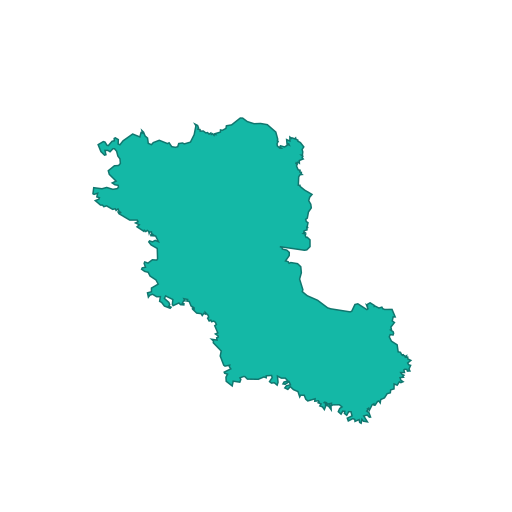 So Phisai, Bueng Kan, Thailand, rotated 127°
{"feature_id": "78962969B4789393991708", "entity_name": "So Phisai", "entity_type": "district", "adm_level": 2, "iso_a3": "THA", "parent_name": "Thailand", "parent_adm1": "Bueng Kan", "projection": "equal_earth", "projection_center": [103.426, 18.145], "detail": "fine", "context": "isolated", "style": "filled", "palette": "teal", "viewbox_px": 512, "rotation_deg": 127, "n_neighbors": 0, "source": "geoboundaries", "source_scale": "gbopen_adm2", "svg_char_len": 6075}
<svg xmlns="http://www.w3.org/2000/svg" viewBox="0 0 512 512"><g transform="rotate(127 256 256)"><path d="M337.3,317.2L344.5,320.2L347.5,318.0L350.7,320.5L353.6,317.2L351.2,317.2L348.8,315.6L348.3,310.8L346.0,307.9L350.2,305.7L349.9,303.4L351.1,299.0L349.4,293.1L348.0,293.0L348.5,295.5L346.8,295.6L345.5,297.7L345.0,303.6L342.3,304.2L340.8,296.2L345.1,293.6L345.5,292.3L339.9,289.3L340.3,287.0L338.5,284.2L337.5,284.8L338.3,286.3L335.5,286.8L334.5,285.7L333.5,287.9L331.9,284.5L333.6,284.2L332.5,282.0L335.0,277.8L334.6,274.4L335.4,273.6L336.1,275.2L336.6,274.7L337.3,269.0L335.1,265.2L335.9,263.1L333.2,263.2L332.8,261.5L331.6,262.6L332.2,258.5L333.4,257.0L334.8,257.2L336.1,254.3L334.4,253.5L335.2,251.9L333.4,250.6L333.4,248.5L334.6,246.4L336.5,247.0L340.4,240.2L342.7,241.5L342.6,238.2L343.4,237.3L345.0,238.2L346.6,236.5L349.2,241.3L349.5,238.8L351.0,237.9L352.8,226.6L357.4,224.4L362.6,216.1L362.6,214.5L359.0,211.3L360.4,210.8L361.3,208.2L367.9,211.5L368.5,210.5L367.5,207.6L370.8,207.1L374.0,204.4L374.1,196.8L369.7,198.9L366.5,193.0L363.8,193.8L363.0,195.5L359.7,193.4L359.0,192.3L359.5,188.8L353.1,180.0L347.8,176.9L347.1,174.6L345.5,175.7L342.0,171.7L343.4,169.9L348.2,169.6L348.2,167.2L346.2,165.1L346.4,161.4L343.6,162.4L339.0,166.6L338.3,162.3L335.9,159.1L336.6,155.4L339.8,157.8L341.9,157.5L340.9,155.5L336.5,153.9L338.1,151.0L341.4,153.6L344.0,153.6L343.4,150.3L339.7,150.0L340.2,145.7L339.0,140.9L342.2,136.3L340.3,136.6L338.2,133.7L340.4,130.1L340.6,127.4L334.5,122.9L336.6,121.7L334.1,119.0L334.7,117.7L335.8,118.0L335.0,115.0L337.3,114.8L336.5,112.1L337.5,109.0L333.3,110.2L331.6,111.9L332.1,113.3L331.4,113.2L330.7,111.4L331.4,109.6L332.9,110.4L332.3,107.5L333.5,103.5L331.4,105.3L330.1,108.8L328.2,107.1L330.6,105.8L328.7,105.1L324.6,99.9L324.8,96.5L327.4,97.4L330.8,96.6L331.1,92.9L327.7,93.4L326.6,91.6L328.5,90.7L328.6,87.7L324.6,88.3L323.2,86.4L325.9,83.1L330.6,85.5L332.2,83.0L327.6,80.8L327.1,78.7L328.5,77.4L324.6,75.2L326.5,73.1L326.3,71.4L322.7,73.1L323.3,70.8L321.4,67.2L318.9,73.7L316.1,71.5L316.5,68.5L315.7,67.6L313.1,71.6L313.2,74.2L311.2,74.1L311.0,75.0L309.7,74.5L311.1,72.6L304.9,73.7L303.1,72.9L304.1,71.9L303.4,71.1L299.2,71.4L297.9,70.7L298.6,68.4L295.6,70.0L292.0,68.0L287.0,68.4L284.4,66.4L281.9,67.9L279.1,65.8L275.1,68.7L274.2,65.5L270.1,65.8L270.0,64.1L267.9,62.9L268.0,65.6L266.5,67.8L264.1,65.3L263.8,66.4L262.2,66.1L262.7,68.5L262.0,70.3L259.7,67.3L258.0,69.4L256.8,68.9L255.8,67.3L256.8,65.8L255.2,63.9L254.2,65.8L250.3,66.7L251.0,68.6L250.2,70.5L246.2,69.5L246.8,72.8L245.5,74.0L246.4,75.0L245.2,75.7L246.8,76.1L246.1,77.3L247.0,78.8L246.3,79.1L247.2,80.2L246.0,82.7L247.0,84.8L242.0,89.8L242.5,96.6L240.4,100.9L238.0,101.5L236.6,99.0L234.9,99.6L233.9,101.0L234.1,104.1L233.1,103.7L231.6,105.5L225.8,105.4L225.9,108.1L222.1,109.8L220.9,108.2L216.8,115.2L221.3,121.1L221.8,123.1L221.1,124.7L223.6,126.5L224.3,130.7L225.1,131.2L224.3,131.9L224.7,136.7L227.7,138.0L228.7,137.1L228.7,138.1L230.8,134.8L232.1,135.2L232.9,145.9L235.2,147.8L242.5,146.3L244.0,147.2L253.2,164.5L254.3,167.6L254.3,180.2L256.9,191.2L256.6,197.6L254.7,198.3L248.2,207.3L242.1,209.7L237.6,213.8L237.1,218.2L240.3,224.3L241.9,225.1L241.2,226.9L242.2,229.5L235.7,229.7L233.1,231.6L232.8,235.0L234.6,239.1L233.5,240.5L234.2,242.6L222.2,220.7L220.5,219.1L216.0,218.5L210.6,222.6L210.2,226.4L211.0,227.1L210.0,229.1L208.5,229.5L209.5,231.7L207.9,231.0L208.2,232.1L206.9,232.7L204.4,231.0L202.6,232.7L202.0,231.3L202.0,232.7L198.1,234.5L198.2,236.6L196.8,238.4L194.9,237.8L189.3,240.6L184.3,240.8L181.7,243.4L180.1,247.2L176.8,248.5L173.1,248.3L174.1,256.6L173.9,262.8L173.1,263.4L174.0,264.8L167.0,269.6L164.5,269.7L163.2,268.3L163.1,269.6L161.9,270.1L162.5,271.7L161.0,272.4L161.8,274.2L159.7,277.9L158.1,278.2L158.1,279.8L157.4,280.0L157.7,278.8L155.9,279.0L155.8,277.2L153.7,278.9L150.1,276.7L149.8,278.3L148.1,278.6L148.1,280.3L147.6,279.6L144.7,281.3L143.2,283.3L140.1,283.5L138.7,288.8L139.1,291.7L138.3,292.3L138.7,294.5L137.9,295.4L139.1,295.6L140.0,298.4L140.7,298.4L140.6,300.5L143.8,298.1L144.6,301.6L147.9,298.6L146.7,297.5L147.4,296.2L147.6,297.3L151.7,298.8L153.3,302.8L154.6,302.6L154.7,300.7L155.5,301.8L155.3,305.1L153.7,306.8L151.1,307.3L151.3,308.2L149.6,309.0L145.1,314.8L144.3,326.0L147.4,332.1L151.5,337.1L153.9,343.9L153.9,349.6L155.3,351.6L166.0,354.4L169.8,358.0L172.2,356.8L175.9,358.5L176.7,360.2L178.5,359.0L182.9,362.3L183.2,361.3L183.8,362.4L184.9,362.1L184.4,364.2L185.8,364.8L184.9,366.1L186.9,366.8L186.6,369.0L187.9,370.1L187.9,373.3L189.9,375.7L188.7,376.8L189.7,378.8L188.3,379.0L186.9,381.2L187.4,384.1L188.1,382.4L196.3,378.4L204.5,376.9L209.6,380.7L210.0,382.7L212.7,385.4L215.8,384.3L217.7,385.7L219.4,389.1L217.9,393.5L219.5,394.4L221.8,402.9L227.3,406.3L230.0,406.5L230.9,409.8L227.1,413.6L226.9,416.8L224.8,420.3L224.5,422.6L226.1,420.7L226.6,422.1L230.8,420.4L232.8,427.9L244.0,431.5L249.1,431.6L249.5,433.5L245.9,436.0L246.3,439.5L247.5,440.0L249.2,438.5L251.0,440.0L256.7,440.4L257.3,441.5L255.9,445.2L256.5,446.8L262.1,449.1L266.0,442.6L266.6,437.6L265.4,436.8L262.6,440.2L260.8,437.8L260.6,435.3L256.4,434.8L255.5,433.6L256.2,430.4L259.3,426.5L260.3,423.1L263.7,420.0L266.4,420.2L269.2,423.4L276.8,425.3L279.1,422.3L280.4,412.8L284.2,414.8L284.0,411.5L282.5,408.6L283.9,407.2L285.7,407.4L288.9,410.4L291.1,416.5L295.0,419.5L299.1,426.7L304.4,423.7L304.2,422.4L301.1,420.2L304.6,418.7L303.7,416.1L305.2,415.7L308.5,417.7L308.9,410.9L307.7,409.1L308.2,407.2L305.9,405.6L305.0,398.5L303.0,396.9L303.8,395.2L301.5,394.5L302.8,392.2L302.6,389.6L304.0,392.4L304.7,390.8L303.3,378.5L298.8,372.5L299.6,370.8L302.1,372.1L301.3,368.0L304.3,368.6L303.8,360.4L302.7,360.7L302.8,358.7L301.0,358.3L301.0,356.4L302.2,355.0L300.8,355.4L299.7,354.0L300.8,353.0L300.9,350.4L302.2,352.8L303.0,352.2L300.4,348.2L303.3,342.5L304.2,345.9L307.0,347.2L308.0,350.1L309.3,350.1L310.3,346.5L309.4,339.4L317.5,332.9L319.0,332.8L321.4,336.5L326.7,338.0L327.7,341.3L329.2,340.9L331.5,337.5L333.9,339.7L335.4,339.4L335.3,335.6L333.9,332.3L335.8,328.5L335.3,321.5L337.3,317.2Z" fill="#14b8a6" stroke="#0f766e" stroke-width="1.5"/></g></svg>